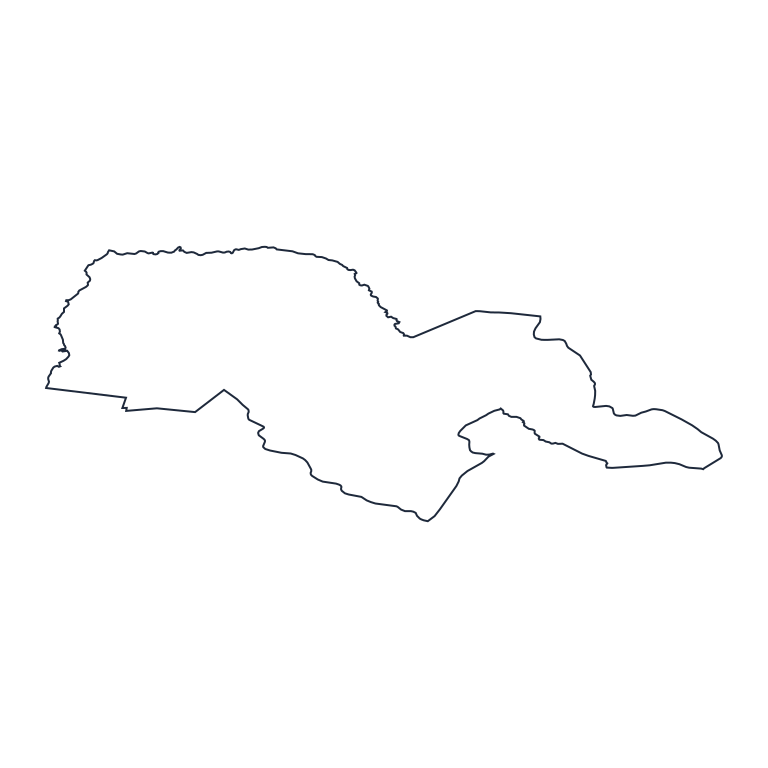 the district of Blönduósbær, Norðurland vestra, Iceland
{"feature_id": "244011B97005072200428", "entity_name": "Blönduósbær", "entity_type": "district", "adm_level": 2, "iso_a3": "ISL", "parent_name": "Iceland", "parent_adm1": "Norðurland vestra", "projection": "natural_earth1", "projection_center": [-20.065, 65.651], "detail": "fine", "context": "isolated", "style": "outline", "palette": "slate", "viewbox_px": 768, "rotation_deg": 0, "n_neighbors": 0, "source": "geoboundaries", "source_scale": "gbopen_adm2", "svg_char_len": 6032}
<svg xmlns="http://www.w3.org/2000/svg" viewBox="0 0 768 768"><path d="M540.3,316.4L510.9,313.2L499.5,312.5L490.8,312.4L479.8,311.2L475.7,311.1L413.3,337.2L410.4,337.2L407.0,335.7L403.8,335.7L403.7,335.3L404.1,334.4L403.3,333.1L400.2,332.0L398.1,329.4L395.9,328.4L395.5,326.6L394.5,325.7L394.5,324.5L395.1,323.9L398.7,323.3L399.4,322.1L397.0,321.1L396.5,320.2L396.7,319.2L396.3,318.9L393.2,318.1L391.1,316.7L388.1,317.3L386.4,315.8L386.4,314.9L387.4,313.7L387.4,313.2L387.0,312.7L385.4,312.1L387.0,310.8L386.9,310.4L380.7,307.1L379.0,305.4L378.7,304.7L378.9,304.4L378.9,303.9L377.8,302.9L377.7,302.5L378.2,301.8L377.6,300.7L377.9,298.8L377.7,298.4L376.0,297.0L373.1,296.5L371.3,295.7L370.9,295.3L370.8,294.4L371.8,292.7L371.7,291.6L368.9,290.3L369.4,288.6L368.3,286.4L367.8,285.9L364.3,284.7L361.9,285.5L360.3,285.3L359.3,284.7L359.2,283.2L356.6,281.3L354.9,278.3L354.6,276.6L355.1,275.4L354.7,273.9L356.4,273.2L356.4,272.7L354.6,270.3L353.0,269.7L350.4,270.1L348.4,269.9L347.3,269.1L347.1,268.0L343.2,266.1L342.1,264.9L339.9,263.9L337.6,261.9L332.3,260.4L328.5,260.0L326.0,258.5L321.9,257.1L316.5,256.8L315.3,256.0L314.9,255.2L313.5,254.5L312.4,254.2L305.5,254.1L298.0,253.3L292.5,251.3L276.7,249.4L275.7,248.3L273.5,247.4L267.8,247.8L266.7,247.0L264.9,246.8L261.9,247.0L258.7,248.2L252.2,249.5L248.3,249.6L244.8,248.5L240.9,249.1L238.8,249.9L236.3,249.3L235.4,249.4L234.1,250.2L232.8,252.7L231.8,253.3L231.0,253.1L230.3,252.0L228.7,251.5L226.7,251.7L224.8,252.5L223.0,252.6L218.7,251.4L217.1,251.4L211.5,252.7L206.2,252.9L202.7,254.8L200.7,255.2L198.4,254.9L197.2,254.0L193.7,252.4L191.4,252.1L186.7,252.9L184.4,251.9L182.9,250.4L179.6,250.7L179.4,250.2L180.8,248.6L180.6,247.4L179.7,246.9L178.2,247.5L176.2,249.6L175.0,250.4L174.1,251.6L171.3,252.7L168.0,252.6L163.1,251.1L160.8,251.1L158.8,251.7L158.4,252.1L158.1,252.8L158.3,253.1L157.2,254.0L155.6,254.4L153.5,254.1L153.1,253.7L153.0,252.8L152.4,252.6L148.6,253.4L147.6,253.1L144.8,251.5L140.8,251.0L139.0,251.4L136.1,253.5L134.5,254.0L127.2,253.2L122.8,254.6L120.9,254.5L117.1,253.8L114.2,251.4L109.1,250.3L107.9,252.2L107.6,253.4L106.8,254.3L101.6,258.0L97.6,260.1L96.5,260.4L94.8,260.2L94.1,261.0L93.5,263.1L92.7,263.8L90.8,264.7L88.5,265.2L88.1,265.7L84.8,270.7L86.1,271.8L86.6,272.7L86.5,274.5L89.5,277.2L90.1,278.7L90.2,279.6L89.9,280.7L87.7,282.6L88.0,284.9L87.5,285.6L86.0,286.9L79.3,290.5L78.3,291.9L78.3,293.0L78.0,293.6L70.7,299.4L68.6,300.2L66.3,300.2L66.0,301.1L67.9,301.7L68.2,302.2L68.7,304.4L67.5,305.8L64.0,308.4L64.0,311.9L61.9,313.8L60.3,316.4L59.3,317.6L57.7,318.6L57.8,320.8L57.6,321.3L58.0,323.6L57.7,324.2L55.9,325.2L55.7,325.7L56.1,326.0L56.1,326.5L54.8,326.5L54.7,327.1L58.5,328.2L59.6,329.5L59.9,331.7L59.2,333.4L60.4,334.2L60.9,334.9L62.9,339.7L63.2,343.0L63.9,344.0L64.2,345.2L65.0,346.0L65.6,347.6L65.2,348.7L61.6,349.2L59.1,350.3L59.0,350.6L59.7,350.8L62.0,349.7L64.9,349.2L65.9,350.6L62.3,351.3L62.5,351.5L67.2,350.8L68.9,353.1L69.3,355.2L68.5,356.6L66.2,359.1L63.5,360.8L59.2,362.8L59.5,363.5L59.9,366.0L60.2,366.3L58.9,366.8L57.2,365.9L54.6,366.6L53.3,367.6L51.3,370.8L50.9,372.2L51.0,373.2L48.6,376.6L48.2,377.8L48.2,379.1L49.0,381.8L48.6,383.1L46.4,386.9L46.1,388.0L126.0,397.7L122.4,408.0L126.7,407.9L126.2,410.9L156.9,408.3L195.1,412.1L224.0,389.9L237.1,399.3L242.6,404.8L248.0,409.3L248.5,410.1L248.7,411.9L247.8,414.0L247.7,415.3L248.2,418.1L248.5,419.0L249.2,419.8L261.4,425.6L263.6,426.7L264.0,427.3L263.9,427.9L263.0,428.7L259.0,431.1L258.2,432.6L258.2,433.4L258.8,435.3L263.7,438.9L264.7,440.0L265.0,440.8L264.9,441.8L263.1,446.1L263.3,447.2L265.3,449.0L270.0,450.5L281.5,452.8L290.7,453.5L295.5,455.0L302.9,458.4L305.2,460.1L307.4,462.5L310.8,468.7L311.3,469.9L311.2,471.5L310.7,472.6L310.7,473.8L311.0,474.7L312.1,475.9L317.8,479.5L322.7,481.6L336.0,483.6L339.0,484.6L340.5,485.4L341.3,486.4L341.4,487.2L341.1,488.2L341.1,489.5L341.8,490.8L344.9,493.3L348.7,494.5L361.4,496.9L366.7,500.4L370.9,502.1L375.4,503.5L396.5,506.3L397.7,506.9L401.1,509.6L404.9,511.1L410.8,511.1L413.4,511.7L415.7,512.9L417.0,515.8L419.8,518.6L421.3,519.4L423.7,520.3L427.8,521.2L434.6,516.1L439.9,509.3L456.4,486.0L458.7,481.4L459.5,478.4L461.8,475.6L467.5,471.0L481.9,462.9L484.1,461.2L488.5,456.6L493.6,453.9L493.0,453.6L489.2,454.6L486.1,454.7L482.3,453.7L475.3,453.1L472.7,452.5L471.0,451.3L470.0,450.1L469.4,447.3L469.2,444.6L469.4,441.8L469.2,440.8L468.9,440.1L467.1,439.0L459.3,435.9L458.6,435.4L458.4,434.6L458.8,433.0L460.3,430.9L465.8,425.4L477.4,420.1L479.5,418.5L486.1,415.2L488.4,413.6L494.3,410.8L499.7,409.4L500.7,408.5L503.1,410.5L503.4,411.4L503.4,413.2L503.8,413.7L507.9,414.3L508.9,415.8L511.4,416.9L516.6,416.9L520.4,418.2L521.3,419.4L523.7,421.0L523.8,421.6L523.0,422.2L524.2,423.1L524.4,423.7L524.0,424.7L524.1,425.6L528.8,428.8L532.7,429.5L534.3,430.3L534.7,430.8L534.6,433.0L535.0,433.8L539.4,436.6L539.4,437.3L538.8,438.1L538.8,438.8L539.4,439.7L543.5,440.1L545.6,441.5L549.4,442.3L551.3,443.6L552.9,443.6L555.4,442.9L558.0,443.9L562.6,443.7L582.1,453.6L588.5,455.9L605.7,460.9L606.2,461.5L606.4,462.5L607.3,463.3L606.1,465.1L606.5,467.2L606.8,467.6L612.4,467.9L642.5,465.9L649.6,465.3L665.7,462.7L671.2,462.7L674.9,463.1L679.4,464.2L686.1,467.0L689.1,467.7L701.2,468.6L703.2,469.2L704.2,468.2L720.7,458.1L721.6,457.0L721.9,456.1L721.8,455.2L719.7,450.4L718.5,444.2L718.0,443.0L715.8,440.7L712.9,438.6L701.3,432.2L697.6,429.1L692.1,425.3L681.6,419.4L664.8,411.0L662.5,410.2L655.9,409.2L653.4,409.1L651.5,409.4L645.8,411.5L641.3,412.7L635.4,415.6L632.9,415.8L626.7,415.0L620.3,415.9L616.5,415.4L615.2,414.8L613.9,413.5L612.8,408.9L612.4,408.1L609.4,406.4L606.1,405.9L595.0,407.0L593.5,406.8L593.0,406.2L593.7,403.9L594.7,398.6L595.1,395.1L595.2,390.9L594.2,386.4L594.2,385.7L594.9,384.6L595.0,383.7L594.7,382.8L593.7,381.7L591.3,379.7L590.2,375.7L591.0,374.5L590.7,372.1L580.0,355.5L568.3,347.7L567.0,345.9L566.2,343.6L564.7,341.0L562.9,340.0L559.2,339.3L547.1,339.9L541.6,339.8L536.0,338.4L534.5,337.1L533.8,334.4L534.0,331.6L535.5,328.3L539.9,322.2L540.5,319.0L540.3,316.4Z" fill="none" stroke="#1e293b" stroke-width="2"/></svg>